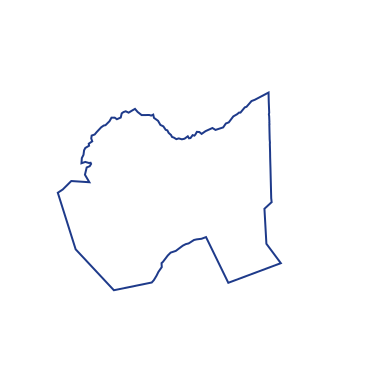 the district of Takhtakupir, Karakalpakstan, Uzbekistan, rotated 38°
{"feature_id": "79887680B8081809775743", "entity_name": "Takhtakupir", "entity_type": "district", "adm_level": 2, "iso_a3": "UZB", "parent_name": "Uzbekistan", "parent_adm1": "Karakalpakstan", "projection": "orthographic", "projection_center": [60.944, 43.185], "detail": "fine", "context": "isolated", "style": "outline", "palette": "blue", "viewbox_px": 384, "rotation_deg": 38, "n_neighbors": 0, "source": "geoboundaries", "source_scale": "gbopen_adm2", "svg_char_len": 1624}
<svg xmlns="http://www.w3.org/2000/svg" viewBox="0 0 384 384"><g transform="rotate(38 192 192)"><path d="M135.6,308.8L190.9,317.5L216.0,288.1L216.2,285.0L215.6,279.9L214.7,275.5L214.4,269.8L211.8,266.8L212.1,264.9L212.0,256.9L212.5,252.9L215.5,248.4L216.7,243.9L217.8,239.9L219.2,236.9L221.0,234.6L223.1,228.6L224.9,226.4L228.3,223.0L230.8,218.9L276.5,241.2L305.8,193.4L282.5,187.0L259.4,160.6L261.0,150.9L260.6,150.6L259.6,149.5L258.3,148.2L244.4,131.3L240.3,126.3L232.1,116.4L229.3,112.9L223.9,106.4L223.1,105.2L220.8,102.7L214.9,95.5L211.3,91.1L211.3,90.8L210.3,89.9L209.9,89.2L206.0,84.6L204.7,83.4L204.1,82.1L196.9,73.6L195.5,71.9L191.1,66.5L184.7,80.7L182.9,83.7L182.5,91.3L181.5,92.8L181.3,99.6L180.2,100.4L179.6,103.1L178.0,107.0L178.1,114.5L176.5,117.2L176.8,121.9L172.3,128.6L168.7,129.0L165.2,135.7L163.8,140.3L160.9,140.2L158.8,141.6L159.3,144.7L159.2,146.1L157.5,146.8L157.6,150.4L156.6,151.5L154.4,150.7L153.3,154.6L151.6,156.7L148.6,157.9L147.1,160.0L144.2,160.3L142.3,160.9L140.4,160.0L137.2,159.8L134.6,158.6L133.0,159.2L129.0,157.9L125.8,158.6L121.4,156.8L116.4,157.0L113.8,154.9L112.8,156.9L111.0,157.6L104.9,162.4L99.9,162.4L95.9,161.6L94.6,164.8L93.2,168.5L90.1,169.2L88.8,171.2L88.2,173.3L90.0,177.2L88.0,180.9L85.3,181.0L82.8,183.0L83.4,187.0L82.7,192.6L81.5,194.0L80.6,196.9L80.0,203.5L79.9,206.6L78.2,209.3L79.6,211.8L82.2,213.5L80.9,217.5L82.4,218.9L80.8,223.0L81.3,225.6L83.6,229.5L84.3,233.1L87.2,237.4L89.4,234.0L92.9,232.6L94.1,231.4L95.2,232.0L95.5,234.7L93.9,237.5L97.0,244.3L105.1,247.5L90.1,257.7L88.6,269.6L86.7,275.2L135.6,308.8Z" fill="none" stroke="#1e3a8a" stroke-width="2"/></g></svg>